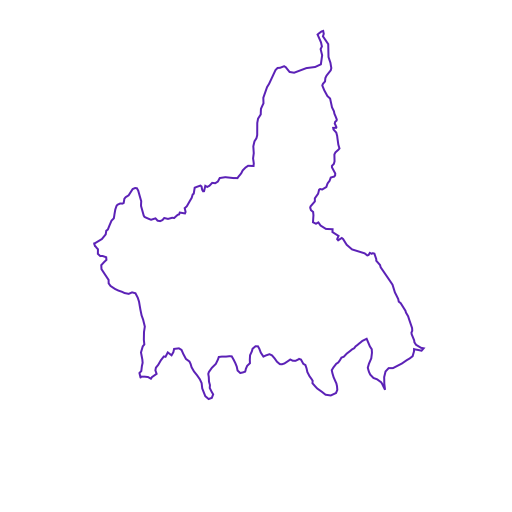 Gueckedou, Guéckédou, Guinea, rotated 155°
{"feature_id": "49546643B20526276358370", "entity_name": "Gueckedou", "entity_type": "district", "adm_level": 2, "iso_a3": "GIN", "parent_name": "Guinea", "parent_adm1": "Guéckédou", "projection": "natural_earth1", "projection_center": [-10.315, 8.69], "detail": "fine", "context": "isolated", "style": "outline", "palette": "violet", "viewbox_px": 512, "rotation_deg": 155, "n_neighbors": 0, "source": "geoboundaries", "source_scale": "gbopen_adm2", "svg_char_len": 5813}
<svg xmlns="http://www.w3.org/2000/svg" viewBox="0 0 512 512"><g transform="rotate(155 256 256)"><path d="M143.1,101.5L145.2,103.0L148.5,107.9L148.9,110.8L148.3,112.8L148.0,119.3L147.8,120.0L147.5,120.9L146.0,122.2L145.6,123.2L145.0,124.7L144.0,134.0L143.6,137.1L144.0,141.4L143.7,143.2L144.8,152.1L145.9,154.3L145.3,156.9L145.4,161.7L145.5,164.3L144.4,172.3L144.6,173.6L145.4,178.6L147.8,193.1L147.4,195.4L149.0,200.9L148.3,202.4L148.3,202.7L147.7,208.1L148.7,209.0L149.0,209.2L149.5,209.2L150.2,209.1L150.7,209.7L151.5,210.7L153.3,209.5L153.6,209.3L154.9,209.5L156.4,212.5L166.2,221.4L169.1,227.9L169.2,229.0L169.3,229.5L169.9,234.6L170.7,236.1L174.9,235.5L175.3,237.0L172.7,239.3L174.7,242.4L176.6,245.4L175.3,247.9L181.2,251.0L184.6,256.3L185.3,260.1L188.0,259.9L190.1,262.5L186.7,268.7L185.6,271.8L186.8,274.3L186.5,276.8L186.2,277.2L185.6,277.9L179.6,280.6L178.7,282.5L178.3,283.4L173.4,286.2L172.5,287.3L170.8,289.4L169.6,289.6L167.9,288.3L163.1,288.8L161.0,291.0L160.4,291.5L160.0,291.8L157.6,293.0L155.1,295.5L153.0,295.2L151.7,294.9L150.9,295.3L150.3,295.5L149.8,296.4L149.3,297.3L149.7,304.2L149.1,305.6L146.5,306.6L144.8,308.6L142.1,314.8L141.2,315.6L140.1,316.4L139.4,316.6L136.4,317.5L134.9,318.2L134.5,320.9L134.3,322.2L132.4,328.4L131.7,330.5L131.1,333.9L132.3,337.9L131.9,339.5L130.5,338.9L129.2,338.3L128.8,338.6L128.7,338.8L128.6,341.1L128.7,342.7L127.6,344.1L125.7,344.7L125.1,345.6L124.9,348.7L124.8,351.8L124.4,353.5L124.2,354.1L124.3,358.7L123.9,360.3L122.3,367.4L123.7,370.8L124.1,377.4L123.9,381.9L123.8,382.6L122.5,383.8L119.7,385.0L117.9,388.0L115.8,389.7L109.8,392.7L108.3,394.5L107.7,396.8L106.9,399.6L106.5,403.2L106.2,405.7L104.7,409.1L101.0,417.5L102.5,426.8L100.7,428.7L100.0,431.6L101.8,431.8L104.7,431.2L106.6,430.7L106.8,422.2L107.4,419.5L107.7,418.1L108.4,417.5L110.0,416.2L111.2,410.0L116.2,402.3L118.3,402.3L120.3,402.3L122.5,402.3L130.9,405.0L144.0,406.0L147.8,408.6L149.3,414.7L149.5,414.9L150.3,416.1L154.6,416.4L157.0,417.3L159.7,416.3L164.7,412.1L171.4,406.5L174.6,404.4L182.5,396.3L184.7,391.2L187.0,389.3L189.3,387.3L191.2,383.7L191.8,382.4L192.2,382.1L196.1,379.6L198.6,376.1L203.8,365.1L204.8,363.8L205.9,362.5L208.9,360.6L211.5,357.3L212.1,356.5L214.6,350.1L217.4,345.7L218.0,343.7L218.9,340.8L219.2,340.3L220.2,338.6L225.0,341.1L228.1,340.6L231.9,339.2L234.3,337.3L235.6,336.6L238.4,335.3L239.9,334.4L241.4,335.2L243.4,336.1L250.5,340.4L255.3,341.8L255.9,342.0L259.1,339.6L262.2,339.2L264.8,340.8L268.6,339.3L269.8,339.3L271.0,339.2L272.3,341.0L274.8,337.8L275.7,336.7L276.6,337.0L276.7,337.6L276.7,337.9L276.8,338.8L276.0,342.0L276.6,343.3L280.7,343.7L282.7,343.8L284.4,341.3L286.1,338.8L287.4,338.5L289.7,335.9L292.6,333.9L297.7,330.3L299.9,329.6L300.4,329.5L301.2,325.7L302.4,324.6L306.7,327.6L308.1,326.2L309.6,326.4L312.3,325.6L314.1,325.0L315.5,325.9L315.9,326.1L317.2,326.3L320.1,326.8L323.1,329.2L325.6,328.1L328.1,328.1L329.3,328.9L330.3,329.6L330.7,331.1L331.2,332.6L333.5,332.9L335.8,333.2L337.5,335.0L339.6,337.4L340.5,338.5L340.7,340.0L339.1,349.6L339.0,350.0L338.5,351.1L336.8,354.3L336.8,354.7L336.3,357.8L335.1,365.2L335.1,365.3L335.2,365.8L335.3,367.7L336.8,368.7L339.5,368.8L345.8,364.8L349.2,364.4L349.9,364.1L351.1,363.5L353.5,360.0L354.8,359.9L357.0,361.0L358.1,361.0L359.4,361.0L359.9,361.0L361.3,360.3L363.6,357.9L363.8,357.7L366.8,353.4L367.5,352.3L369.0,350.2L372.0,349.1L375.9,345.6L379.1,342.6L379.5,342.5L381.0,342.2L381.6,341.3L383.1,339.1L388.5,336.5L396.9,335.6L397.2,335.8L397.5,335.5L397.7,332.9L397.4,332.6L397.0,330.8L396.4,328.9L398.4,324.8L397.2,321.8L395.0,320.8L392.3,318.2L393.2,315.7L396.2,314.7L400.1,313.1L401.6,309.4L400.7,303.2L399.7,296.6L401.1,293.5L400.5,290.3L397.7,285.7L395.4,282.9L392.6,280.2L390.8,278.0L387.4,275.5L383.7,275.4L381.0,273.2L380.8,268.1L381.3,264.1L383.4,256.4L384.8,250.5L385.2,246.0L386.6,239.0L389.6,234.5L393.0,227.6L394.6,223.0L396.8,222.0L401.0,217.2L402.8,210.1L403.9,207.1L405.9,204.5L408.6,200.2L411.1,199.2L412.0,194.8L411.9,194.7L410.8,195.1L409.8,194.6L407.9,193.7L405.0,191.9L403.1,189.2L401.5,190.2L395.9,191.2L395.5,194.9L393.9,197.1L390.6,198.7L386.3,201.7L382.0,203.9L380.6,202.9L376.7,205.9L374.5,201.7L371.5,203.8L369.5,206.4L364.9,204.9L363.2,202.4L363.3,197.9L363.0,192.3L360.9,188.5L360.9,185.7L361.4,182.4L361.0,177.6L359.8,172.7L359.0,168.0L359.0,163.8L360.7,158.7L361.2,150.4L359.4,146.4L356.0,146.1L353.3,148.7L353.6,151.9L353.7,155.9L352.3,158.5L351.7,162.0L349.9,166.4L349.1,169.3L347.7,170.8L343.3,173.3L338.0,175.2L334.1,178.4L332.4,180.2L329.3,179.2L325.7,177.5L322.4,176.4L320.4,175.3L320.1,171.3L320.0,167.6L320.2,163.9L321.1,160.0L319.7,156.6L317.0,156.0L314.7,155.8L313.7,156.9L312.9,158.0L310.4,160.2L306.8,161.4L305.4,164.7L303.3,168.6L300.1,171.3L298.3,173.4L294.6,174.4L292.4,173.3L292.2,170.6L292.5,166.4L291.8,161.7L289.1,161.7L285.3,161.3L283.5,159.2L282.4,155.3L281.7,151.4L280.1,147.9L278.2,146.9L275.6,146.6L270.9,147.3L268.7,147.7L266.9,145.5L264.4,144.3L260.6,144.4L260.4,144.5L259.0,143.1L258.7,138.3L257.3,136.3L257.7,132.7L258.5,129.1L258.3,124.4L257.7,121.3L257.4,119.0L258.6,116.8L257.6,113.4L257.4,112.7L256.5,110.0L253.7,105.1L251.6,100.9L247.2,98.0L241.4,98.0L238.9,100.3L237.6,103.8L237.0,106.6L237.0,108.7L236.9,113.3L236.3,117.4L235.6,120.5L232.9,122.3L228.8,124.4L226.5,124.7L224.1,126.0L221.5,127.8L219.0,127.6L215.0,129.2L210.9,130.1L208.3,130.8L206.0,130.9L204.0,132.0L201.6,132.5L199.5,133.1L198.1,133.4L195.5,134.1L190.7,134.2L191.0,125.9L190.5,122.6L191.8,119.3L194.8,114.5L199.2,110.6L201.9,107.5L202.3,105.3L202.6,103.1L202.6,100.2L201.1,95.8L198.4,93.1L195.9,88.6L195.7,86.6L195.7,83.9L195.6,80.2L193.7,86.0L191.0,92.1L187.4,96.6L183.2,98.3L179.2,96.5L169.2,96.9L163.3,97.9L160.0,98.2L156.4,99.0L153.1,102.8L152.1,104.8L151.2,104.0L149.3,102.7L146.0,100.2L143.1,101.5Z" fill="none" stroke="#5b21b6" stroke-width="2"/></g></svg>